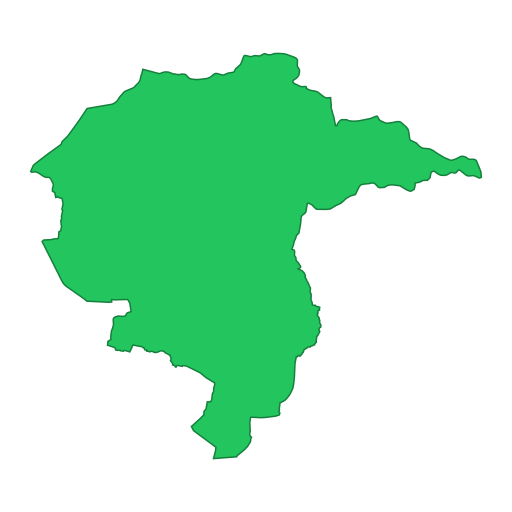 outline of Phra Phutthabat, Saraburi, Thailand
{"feature_id": "78962969B27342930325122", "entity_name": "Phra Phutthabat", "entity_type": "district", "adm_level": 2, "iso_a3": "THA", "parent_name": "Thailand", "parent_adm1": "Saraburi", "projection": "orthographic", "projection_center": [100.827, 14.702], "detail": "fine", "context": "isolated", "style": "filled", "palette": "green", "viewbox_px": 512, "rotation_deg": 0, "n_neighbors": 0, "source": "geoboundaries", "source_scale": "gbopen_adm2", "svg_char_len": 5993}
<svg xmlns="http://www.w3.org/2000/svg" viewBox="0 0 512 512"><path d="M213.5,458.6L236.7,456.8L237.3,455.6L244.2,449.9L247.5,446.5L250.5,441.7L250.8,438.6L251.5,437.3L249.9,435.5L249.7,433.9L250.2,431.1L249.8,422.1L250.3,420.0L250.4,418.2L250.8,417.2L261.1,417.7L264.8,417.5L275.4,416.2L279.2,415.0L279.9,413.1L278.8,411.5L279.4,410.3L279.3,408.0L279.7,406.3L279.9,403.1L284.9,400.3L287.0,398.2L289.9,394.4L292.3,389.5L293.0,387.5L293.7,383.6L294.4,376.9L295.0,363.5L296.3,356.7L297.4,356.7L298.1,355.5L298.7,355.5L299.5,356.1L300.1,356.1L300.5,355.1L301.3,355.0L301.9,354.2L302.3,353.0L303.0,352.7L303.7,351.1L304.1,349.4L305.6,348.9L305.8,348.5L306.7,348.2L307.8,347.1L308.8,346.9L310.1,347.1L310.9,346.1L312.0,345.9L312.9,345.5L313.4,345.0L314.6,344.9L314.6,344.3L315.5,342.9L316.3,342.3L316.1,341.8L316.3,341.3L316.2,340.6L316.8,337.0L316.6,336.5L317.8,335.4L319.7,331.8L319.7,331.3L319.0,329.8L319.2,328.5L319.4,327.9L320.5,327.3L320.9,326.7L320.7,324.5L319.6,322.8L319.8,320.4L319.2,319.1L319.2,317.8L317.3,315.7L317.6,315.0L317.5,314.2L317.9,313.7L317.4,313.1L318.0,312.3L317.9,310.9L318.2,310.4L319.2,310.4L319.5,310.2L319.6,309.7L319.3,308.6L319.8,307.5L318.6,306.7L316.3,306.5L315.4,305.3L312.7,305.2L312.3,304.9L312.2,302.8L310.7,298.9L311.1,298.4L311.2,295.7L311.1,294.1L310.1,291.7L310.5,288.0L309.5,286.3L308.2,282.9L306.9,281.1L306.4,279.2L305.2,277.8L305.4,275.5L303.9,272.5L301.9,270.6L298.2,268.9L299.5,268.3L300.5,267.4L300.7,266.6L298.5,263.0L296.9,261.4L296.1,260.1L295.9,257.6L295.0,256.3L294.4,254.9L294.7,252.0L294.3,250.2L291.8,249.2L293.5,244.9L294.1,241.7L295.7,238.2L296.5,235.4L298.9,233.1L300.6,223.6L301.2,217.0L302.1,215.4L304.8,213.4L305.9,211.9L307.3,203.6L307.6,203.3L308.5,203.2L310.4,204.0L312.1,205.0L315.2,208.2L316.2,209.1L317.1,209.3L326.0,209.4L330.2,209.0L336.0,205.5L341.0,203.2L346.5,198.2L350.8,195.8L354.8,194.8L355.6,194.2L358.7,187.7L359.8,185.9L360.9,184.8L363.2,184.2L369.0,183.6L372.1,183.0L373.5,183.0L374.7,183.6L376.8,185.5L377.9,187.0L379.8,187.7L384.3,187.4L387.4,185.6L388.8,185.2L390.8,184.9L394.2,185.0L400.0,185.8L406.0,189.5L409.1,190.9L410.4,191.2L411.4,191.0L414.2,189.3L415.1,185.6L415.1,183.1L419.5,182.2L423.3,180.4L427.4,180.3L429.4,178.5L430.1,177.5L430.9,173.2L431.3,172.4L432.0,171.7L433.5,171.2L434.3,171.3L438.5,174.3L440.4,175.1L441.6,175.3L444.5,175.4L447.0,174.9L450.9,172.6L452.2,172.5L454.1,173.0L455.6,172.9L456.4,172.4L458.1,170.2L459.1,170.0L460.0,170.3L466.0,175.1L467.3,175.7L468.7,176.0L472.8,175.6L474.6,175.9L479.1,178.0L480.7,177.7L481.3,177.3L481.0,172.4L480.4,170.5L476.4,160.7L475.4,159.8L473.9,159.3L469.8,159.3L468.4,159.0L465.6,157.0L463.1,156.3L460.9,156.4L455.8,159.0L451.9,160.2L450.5,160.2L444.5,157.7L437.1,153.3L433.2,150.6L430.7,149.3L429.0,148.8L422.8,148.2L421.5,147.6L419.1,146.0L416.5,143.1L410.6,140.3L410.0,139.7L409.6,138.2L408.8,132.2L408.0,129.3L406.5,127.2L400.6,122.0L399.0,121.6L396.9,121.6L392.7,122.5L388.4,123.1L386.5,123.2L384.3,122.5L380.2,120.6L379.0,119.4L377.5,116.5L376.4,116.1L370.5,118.5L358.6,120.9L353.4,121.2L349.9,120.9L348.5,120.7L347.6,120.0L346.5,119.7L341.6,119.7L340.5,120.3L339.3,121.3L337.5,123.9L337.0,125.6L335.5,125.7L333.7,116.4L333.1,114.9L331.0,107.1L331.3,106.2L330.6,97.6L327.8,97.9L326.1,97.8L324.4,97.2L317.8,92.1L315.5,91.2L309.9,90.2L306.4,88.5L306.6,88.0L306.4,87.4L306.2,86.9L305.7,86.5L302.0,86.7L300.1,86.3L293.6,83.2L292.9,81.5L293.1,80.4L296.3,78.3L297.9,76.6L298.7,75.4L299.4,73.0L299.5,70.1L298.6,68.1L297.7,67.1L297.4,66.1L297.3,64.7L297.5,60.7L297.3,59.8L296.5,58.5L294.5,57.3L286.4,54.3L283.5,53.7L277.6,53.4L274.2,53.6L271.4,54.6L268.9,54.8L267.8,54.7L265.1,53.7L264.2,53.7L259.8,56.0L254.7,55.6L250.8,56.7L245.6,55.5L244.6,55.5L243.8,56.2L240.9,63.7L239.9,65.1L235.7,68.7L234.0,71.8L233.6,72.2L228.0,73.1L223.7,75.0L222.4,75.0L216.9,73.5L215.4,73.5L214.5,73.8L210.2,77.2L207.3,78.4L204.9,78.8L198.4,79.5L195.1,79.5L191.2,79.0L189.1,78.2L185.7,74.6L185.0,74.3L183.7,74.3L182.1,73.9L180.3,74.5L176.5,74.5L175.3,74.0L173.2,73.9L168.8,72.2L166.5,71.9L163.8,72.1L160.0,73.5L158.7,73.5L142.8,69.3L142.0,73.2L141.1,75.5L140.1,79.8L138.9,82.3L133.6,87.7L125.5,91.1L124.0,92.1L119.6,97.1L117.0,101.1L114.2,103.3L111.6,104.3L87.1,108.5L79.0,120.6L67.9,135.9L62.2,141.5L61.1,144.4L48.1,153.8L34.8,164.0L33.3,165.4L30.7,171.4L31.6,172.2L35.6,171.8L38.7,173.1L43.5,176.4L46.3,177.4L48.6,177.3L49.6,177.7L50.7,178.9L53.1,183.6L53.3,186.0L52.5,188.2L52.4,191.1L52.7,191.5L53.8,191.9L54.9,192.7L55.0,194.4L55.5,195.3L55.4,196.3L55.8,197.5L57.8,196.9L59.1,197.7L62.0,198.4L63.1,203.6L61.9,209.4L62.7,210.6L61.4,216.4L61.7,219.0L60.8,220.4L61.2,225.0L61.6,226.2L60.6,230.8L58.8,231.9L58.8,234.3L58.3,238.2L58.1,238.6L54.1,238.9L50.5,239.7L43.8,240.0L42.1,241.5L61.6,280.4L63.4,283.5L65.0,285.2L66.8,286.7L84.2,298.9L86.9,301.2L109.5,302.3L111.7,302.0L111.6,299.6L115.9,299.9L118.2,299.7L127.7,299.5L129.8,303.1L131.1,311.6L127.4,312.8L126.5,313.8L125.6,315.6L125.0,316.0L122.4,316.4L118.6,316.0L115.2,316.9L113.5,318.2L113.2,319.9L113.5,324.6L112.6,328.1L111.5,330.9L110.7,336.8L111.0,339.4L108.3,341.1L107.9,341.5L107.5,345.2L114.5,347.5L115.4,348.2L115.4,349.6L115.7,350.0L116.7,350.3L119.9,350.3L120.5,350.8L123.5,351.2L124.1,350.5L124.7,350.4L129.8,351.9L133.0,345.0L140.2,346.5L141.6,346.4L142.7,347.5L144.1,347.8L144.3,348.9L145.1,350.0L146.9,350.1L146.8,351.2L148.1,351.3L149.9,351.9L150.8,351.3L151.8,351.4L153.4,351.8L154.1,352.4L155.7,352.5L157.2,352.3L160.7,350.8L163.0,351.1L164.3,351.7L165.4,352.9L169.0,354.6L169.4,355.2L170.1,355.2L170.6,357.3L171.2,358.0L170.8,360.2L170.5,360.7L172.9,363.9L172.6,364.9L174.8,365.7L175.4,366.9L176.0,367.2L176.5,366.0L177.7,365.4L181.8,366.3L182.4,366.3L182.8,365.6L186.4,366.0L200.1,372.8L206.5,378.0L214.6,382.9L214.7,384.8L213.6,388.4L213.7,391.2L212.4,393.8L211.7,399.6L210.7,401.7L209.0,401.6L208.3,402.0L207.3,401.8L206.0,409.1L204.2,411.0L204.0,411.5L203.8,414.9L199.9,418.8L191.4,426.5L193.6,430.7L215.9,447.2L215.5,451.0L213.5,458.6Z" fill="#22c55e" stroke="#15803d" stroke-width="1.5"/></svg>